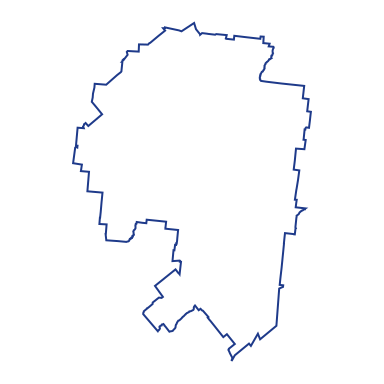 outline of Longreach, Queensland, Australia
{"feature_id": "25037944B74261156915694", "entity_name": "Longreach", "entity_type": "district", "adm_level": 2, "iso_a3": "AUS", "parent_name": "Australia", "parent_adm1": "Queensland", "projection": "albers", "projection_center": [143.955, -23.876], "detail": "fine", "context": "isolated", "style": "outline", "palette": "blue", "viewbox_px": 384, "rotation_deg": 0, "n_neighbors": 0, "source": "geoboundaries", "source_scale": "gbopen_adm2", "svg_char_len": 5566}
<svg xmlns="http://www.w3.org/2000/svg" viewBox="0 0 384 384"><path d="M163.1,28.2L165.1,30.6L158.6,35.8L150.1,42.9L149.4,43.1L148.0,44.6L139.0,44.4L138.7,51.6L127.8,51.0L127.6,51.0L126.8,51.9L127.6,54.8L127.3,55.2L123.8,59.7L123.5,59.3L122.5,60.3L122.4,61.4L122.1,61.7L122.4,61.7L121.4,71.4L120.9,72.1L117.2,75.0L106.2,84.7L94.7,83.8L94.4,87.6L93.0,93.6L92.7,97.5L91.8,101.8L96.5,107.4L102.1,114.3L88.3,126.0L85.6,123.0L85.0,123.6L84.8,123.8L84.3,124.0L84.1,124.2L84.0,124.5L84.0,124.9L83.9,125.2L83.4,126.2L83.2,126.4L83.0,126.6L83.1,127.3L83.6,127.7L83.7,127.9L83.8,128.2L77.6,127.7L76.0,145.5L77.5,145.7L77.3,147.5L76.2,146.9L75.2,147.6L73.1,163.2L81.9,164.6L80.9,171.1L89.0,171.8L87.4,191.3L102.5,192.6L101.5,202.7L100.7,212.1L100.1,217.7L99.9,217.7L99.4,224.0L106.6,224.4L105.8,234.1L105.6,234.1L106.3,240.3L117.9,241.1L126.4,241.9L127.5,241.5L128.3,241.4L128.8,241.1L129.0,240.8L129.3,240.5L129.4,239.8L129.7,239.3L129.7,239.1L129.8,238.9L130.1,238.9L130.3,239.0L130.6,239.0L130.8,238.8L130.8,238.6L130.8,238.3L130.9,238.1L131.7,238.1L132.0,238.0L132.0,237.9L131.7,237.5L131.7,237.3L131.9,237.2L132.2,237.2L132.7,236.9L132.9,236.6L132.9,236.4L132.5,236.4L132.4,236.3L132.4,235.8L132.6,235.6L133.8,235.0L133.9,234.8L133.9,234.4L133.7,234.0L133.6,233.7L133.6,233.2L133.6,232.9L133.5,232.7L133.5,231.9L133.3,231.6L133.3,231.4L133.6,230.9L133.8,230.3L134.0,230.2L134.3,229.9L134.7,229.6L135.4,228.5L135.5,228.1L135.5,227.5L135.5,227.2L135.5,226.5L135.4,226.2L135.4,225.9L135.4,225.2L135.5,224.9L135.8,224.7L135.9,224.2L135.8,223.9L135.8,223.7L136.2,223.4L136.4,223.4L136.5,223.4L136.5,223.2L136.6,222.8L136.8,222.4L136.8,222.0L142.3,222.8L146.3,223.2L146.7,219.7L166.1,221.7L165.5,227.4L165.4,227.6L165.5,227.9L165.4,228.7L178.1,230.0L177.3,238.1L177.1,240.7L176.9,242.0L176.7,243.5L176.2,243.4L176.1,244.9L175.1,244.8L174.4,250.3L173.5,250.2L172.5,261.1L179.7,260.6L179.9,260.7L179.8,261.7L181.0,261.8L179.6,274.2L179.4,273.9L179.2,273.8L178.4,273.1L175.5,269.4L155.0,285.9L162.9,296.9L161.6,297.9L158.9,297.6L152.7,302.5L152.6,304.0L148.3,307.6L148.2,307.6L147.3,308.4L147.1,308.4L147.1,308.5L143.8,311.3L143.7,312.2L143.4,312.6L143.3,312.8L143.2,314.1L157.8,331.2L158.0,330.8L158.3,330.6L158.3,330.3L159.2,329.8L159.9,328.6L159.9,328.0L159.5,327.3L159.5,326.6L160.3,326.0L160.5,325.7L161.0,325.6L161.6,325.5L161.9,324.5L162.3,324.5L163.4,324.0L164.4,325.2L164.5,325.7L164.9,326.0L165.2,326.3L165.4,326.6L166.1,327.4L166.3,327.7L169.4,331.7L170.6,331.3L171.5,331.2L172.0,331.1L172.8,330.8L173.6,329.7L174.5,328.9L175.3,327.9L175.5,327.4L175.7,325.6L176.0,324.6L176.7,323.7L176.9,322.9L177.1,322.4L177.8,321.5L177.9,321.2L178.2,320.9L178.4,320.6L178.9,320.5L179.4,320.3L181.7,318.2L182.0,317.6L182.5,317.3L182.9,316.7L183.1,316.6L183.5,316.4L184.0,315.9L185.0,314.8L185.6,314.4L185.7,314.0L186.2,313.7L186.8,313.1L187.2,313.0L187.5,312.8L188.0,312.5L188.5,312.4L188.8,312.2L189.1,311.9L189.2,311.5L189.4,311.4L190.4,311.3L191.0,311.1L192.0,310.6L193.0,310.1L193.3,309.9L193.6,309.5L193.7,309.2L193.8,308.6L193.8,307.5L194.0,306.9L194.4,306.2L195.0,305.5L198.7,310.2L200.5,308.8L201.1,309.4L201.2,309.5L202.0,310.4L202.9,310.7L208.4,317.0L207.7,317.6L209.8,320.3L210.0,320.4L214.1,325.5L223.3,337.1L226.9,334.2L234.8,344.0L228.9,348.7L228.9,349.2L228.6,349.4L228.4,349.9L229.6,352.3L229.6,352.5L230.0,353.4L232.4,357.9L231.7,360.2L231.6,361.0L234.8,355.3L249.0,343.6L250.9,345.9L257.9,333.7L260.1,339.3L276.4,325.8L279.2,288.5L283.0,286.9L283.2,285.3L279.7,284.9L280.5,277.3L281.6,267.8L284.0,243.5L283.9,243.4L284.6,236.6L285.0,233.1L293.8,234.1L293.9,234.3L294.8,234.4L295.5,228.6L295.9,228.3L295.4,227.3L296.4,217.7L296.6,216.9L296.6,215.7L298.5,214.3L299.0,213.7L299.1,213.4L299.2,213.2L299.5,212.5L299.7,212.3L299.8,212.2L300.2,212.0L300.4,211.7L300.9,211.3L301.0,211.3L301.3,211.1L301.4,210.9L302.0,210.5L302.5,210.5L303.2,210.0L303.8,209.5L304.9,209.3L305.0,209.3L305.1,209.1L305.2,208.6L305.5,208.4L295.7,207.3L296.2,203.3L296.7,199.8L294.9,199.7L296.4,189.5L296.5,189.2L296.9,186.8L298.0,180.1L299.3,170.4L293.7,169.6L294.8,160.8L296.0,148.6L304.4,149.2L304.8,146.3L305.7,140.0L303.5,139.7L303.7,138.7L304.6,129.5L305.2,129.6L305.3,129.6L305.5,128.2L306.2,127.4L309.0,127.8L309.9,120.6L310.5,115.0L310.9,111.8L307.2,111.3L308.2,102.6L308.6,99.1L302.8,98.3L304.2,85.9L281.4,83.5L266.4,81.7L261.0,80.9L260.7,80.5L260.3,80.2L260.2,79.9L260.1,79.6L260.2,79.3L259.9,79.1L259.8,78.8L259.9,78.1L259.8,77.7L259.9,77.4L259.8,77.1L260.0,76.8L260.2,76.5L260.1,76.1L260.1,75.3L260.5,75.0L260.4,74.7L260.7,74.3L260.6,73.9L261.0,73.5L261.7,72.0L262.2,71.6L262.5,71.7L262.8,71.5L263.2,70.6L263.4,70.2L263.7,70.1L263.9,69.8L264.1,69.1L264.5,68.7L264.4,68.5L264.5,68.2L264.5,67.6L264.4,67.4L264.6,67.1L264.7,66.8L264.6,66.5L264.4,66.0L264.8,65.1L265.5,64.1L265.4,63.7L265.5,63.4L266.1,62.7L266.6,62.5L266.9,61.9L267.6,61.5L268.3,60.8L268.4,60.6L268.9,59.9L269.0,59.5L269.2,59.2L269.5,59.1L269.8,59.3L270.5,58.9L270.5,58.7L270.8,58.4L271.3,58.2L271.1,58.0L271.3,57.7L271.3,57.3L271.4,57.1L271.5,56.8L271.3,56.6L271.3,56.0L271.5,55.6L271.8,55.7L272.1,55.4L272.3,55.1L272.6,54.5L272.6,54.1L272.6,53.8L273.0,53.2L272.9,53.0L272.8,52.6L272.6,52.2L272.6,50.6L272.9,49.3L273.1,48.8L273.3,48.5L273.7,47.8L273.7,47.5L273.6,47.2L273.4,46.8L268.7,46.4L269.6,43.7L263.3,43.1L263.7,36.7L260.6,36.5L260.3,38.8L246.1,37.2L234.3,35.8L233.9,39.6L226.2,38.8L225.8,38.6L226.7,35.1L216.2,34.1L215.2,34.7L208.1,33.9L207.0,33.7L202.1,33.1L200.1,34.8L200.0,34.2L196.0,29.2L194.1,23.0L181.5,31.3L179.0,30.4L165.0,27.4L165.0,28.1L163.1,28.2Z" fill="none" stroke="#1e3a8a" stroke-width="2"/></svg>